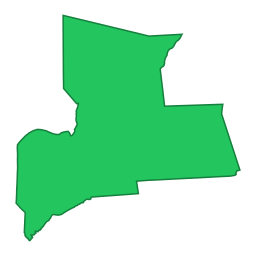 Serei Saophoan, Bântéay Méanchey, Cambodia
{"feature_id": "14789045B91793328513154", "entity_name": "Serei Saophoan", "entity_type": "district", "adm_level": 2, "iso_a3": "KHM", "parent_name": "Cambodia", "parent_adm1": "Bântéay Méanchey", "projection": "albers", "projection_center": [102.937, 13.614], "detail": "fine", "context": "isolated", "style": "filled", "palette": "green", "viewbox_px": 256, "rotation_deg": 0, "n_neighbors": 0, "source": "geoboundaries", "source_scale": "gbopen_adm2", "svg_char_len": 2596}
<svg xmlns="http://www.w3.org/2000/svg" viewBox="0 0 256 256"><path d="M239.9,170.1L221.6,114.0L222.1,108.7L222.8,104.3L164.6,106.2L162.6,89.2L160.2,69.2L161.0,68.0L161.5,67.3L162.6,66.7L163.4,66.2L164.0,65.3L164.5,63.6L164.5,62.4L164.5,61.4L164.9,59.7L165.6,57.5L166.5,56.1L167.1,54.8L167.2,53.4L168.1,50.9L169.6,49.2L170.4,48.7L171.9,48.2L173.4,46.6L174.2,45.2L174.5,44.5L175.7,42.5L176.5,41.4L178.5,40.0L179.9,38.4L180.4,37.4L180.8,36.8L181.2,35.5L182.0,34.3L169.1,35.0L149.0,36.1L63.1,15.4L63.4,72.8L63.6,88.5L76.6,103.6L77.2,103.8L77.7,103.4L78.4,103.4L78.3,104.4L78.0,105.8L77.5,107.4L77.4,108.3L76.9,108.8L76.8,109.5L76.4,110.3L76.2,111.3L76.4,112.3L76.5,113.2L76.1,113.9L76.3,114.6L76.4,116.2L76.1,117.9L76.0,119.2L76.2,121.1L76.7,122.7L77.2,123.7L77.3,124.5L76.7,125.3L76.3,126.2L75.7,127.5L75.3,128.2L74.5,129.5L74.8,130.4L74.7,131.7L74.5,132.2L74.1,132.7L73.5,133.3L73.2,134.1L72.6,134.8L71.9,135.6L70.6,135.7L69.9,133.6L68.3,131.4L66.7,131.5L63.5,132.1L61.3,132.8L59.4,134.4L56.6,134.5L53.4,133.9L49.4,132.3L45.9,130.7L40.7,129.6L37.3,129.4L33.3,130.7L29.3,132.8L25.3,136.0L21.9,139.5L19.4,142.2L17.5,144.8L17.3,148.2L17.6,154.3L17.5,158.7L17.5,160.0L17.5,162.5L17.6,164.9L17.6,168.7L17.4,172.2L17.3,175.7L17.2,179.1L17.0,184.2L16.7,189.8L16.6,194.5L16.4,199.5L16.2,202.2L16.1,203.1L21.6,209.2L25.2,212.5L24.3,232.6L24.9,233.2L25.0,234.1L25.1,235.7L25.8,236.4L26.4,237.4L26.9,237.8L27.9,238.3L28.3,239.3L29.1,240.2L29.6,240.6L30.2,240.3L30.7,239.5L31.6,238.5L32.5,237.6L32.4,236.8L31.7,236.2L31.2,235.0L32.0,234.9L33.9,235.0L34.1,234.4L34.8,233.5L35.5,233.5L35.9,233.1L35.6,232.3L35.2,231.3L35.9,231.2L36.9,231.6L38.0,231.7L38.6,230.8L39.0,230.1L39.8,230.3L41.0,229.2L40.8,228.4L41.6,228.0L42.5,227.3L42.8,226.6L43.5,226.1L44.1,224.9L44.5,224.3L45.4,223.4L46.0,222.3L46.5,221.8L47.5,221.2L48.8,220.5L49.4,219.5L49.8,218.6L50.4,218.2L51.1,216.6L51.9,215.3L52.5,214.7L53.5,214.5L54.7,214.7L56.8,215.0L58.3,215.1L59.4,214.9L60.8,214.6L61.7,214.3L63.1,213.3L64.3,212.5L65.5,211.8L67.0,210.8L68.6,210.0L70.0,209.2L71.7,208.3L72.9,207.7L74.2,207.2L74.9,206.5L75.4,206.0L76.3,205.8L77.3,205.4L77.7,205.0L78.6,204.4L79.3,204.2L80.2,203.7L80.8,203.2L81.6,202.7L82.9,202.8L83.5,202.4L83.6,201.5L84.0,201.2L84.8,200.5L85.5,200.0L86.4,199.4L88.0,199.1L88.9,199.5L89.5,199.5L90.7,199.0L91.3,197.1L100.3,196.4L124.1,194.7L138.4,193.6L136.5,181.2L149.2,180.2L152.6,180.1L156.7,179.9L222.3,176.5L230.3,176.1L234.9,175.3L235.5,174.9L236.2,174.3L236.0,173.5L235.7,172.9L236.1,172.4L236.5,171.8L236.8,171.1L237.2,170.6L238.4,170.6L239.9,170.1Z" fill="#22c55e" stroke="#15803d" stroke-width="1.5"/></svg>